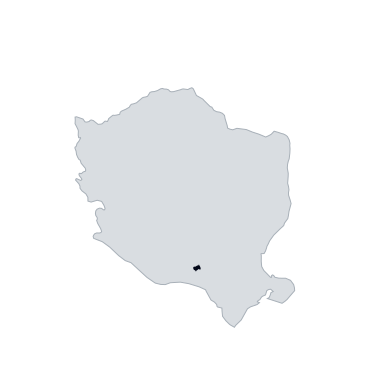 location of Belciugatele, Calarasi, Romania, rotated 31°
{"feature_id": "2599482B10542752576449", "entity_name": "Belciugatele", "entity_type": "district", "adm_level": 2, "iso_a3": "ROU", "parent_name": "Romania", "parent_adm1": "Calarasi", "projection": "mercator", "projection_center": [26.453, 44.516], "detail": "fine", "context": "in_parent", "style": "filled", "palette": "ink", "viewbox_px": 384, "rotation_deg": 31, "n_neighbors": 0, "source": "geoboundaries", "source_scale": "gbopen_adm2", "svg_char_len": 4594}
<svg xmlns="http://www.w3.org/2000/svg" viewBox="0 0 384 384"><g transform="rotate(31 192 192)"><path d="M287.0,215.7L290.1,220.0L294.0,222.3L303.1,224.7L303.9,224.5L304.0,224.0L303.4,223.4L303.3,222.6L303.7,221.6L305.0,221.5L307.0,222.4L310.9,221.1L316.7,217.7L322.0,217.0L326.8,219.0L329.2,221.4L330.8,223.7L330.3,226.5L330.0,228.2L328.8,235.3L327.9,238.0L326.5,241.0L311.5,244.5L312.5,242.8L312.1,239.8L311.5,237.6L312.9,235.5L309.6,234.8L308.1,235.9L306.9,237.9L308.0,242.4L306.3,244.8L305.7,246.2L305.6,249.5L304.6,250.9L304.5,252.5L306.8,252.1L305.8,254.9L301.3,260.3L299.7,263.5L300.1,276.3L298.1,283.9L298.0,286.1L293.2,286.2L291.8,286.0L287.3,284.9L282.2,282.8L279.3,278.9L277.4,276.1L273.1,277.4L272.3,277.1L271.1,275.7L267.9,274.8L263.9,274.8L255.0,269.6L254.0,268.8L247.0,269.6L236.5,272.2L228.4,275.3L220.2,280.9L216.8,285.1L212.9,287.3L207.4,289.0L197.5,288.4L187.1,286.3L176.1,284.0L170.1,285.2L162.0,284.3L149.8,281.6L140.7,280.8L131.7,282.4L130.2,281.1L129.9,279.7L130.2,277.7L131.5,276.1L133.7,274.9L134.8,273.7L134.9,272.4L132.5,270.4L127.5,267.6L125.4,265.9L124.9,265.5L124.8,263.9L123.8,262.7L121.8,261.8L120.3,260.2L119.3,257.8L119.5,255.6L121.0,253.5L122.9,252.6L125.3,252.9L126.3,252.3L125.9,250.8L123.6,248.9L119.4,246.6L115.0,247.9L110.7,252.6L107.5,253.4L105.5,250.2L102.1,248.3L97.1,247.7L94.1,246.5L92.9,244.6L90.8,243.2L86.0,241.7L85.9,240.2L86.7,239.9L88.4,239.7L90.7,239.4L91.0,238.6L91.1,237.8L89.3,236.9L87.4,236.2L86.5,235.6L85.9,234.9L85.8,234.1L86.3,233.6L87.0,233.6L87.8,233.1L88.2,231.4L89.1,229.9L89.8,229.4L89.8,228.3L89.1,227.3L88.1,226.5L86.6,226.0L82.1,224.4L79.8,222.3L78.3,222.3L76.1,221.1L73.7,219.3L71.6,216.7L69.4,215.0L68.8,214.3L68.7,213.6L69.2,212.9L69.1,212.1L68.5,209.6L68.9,206.9L68.8,204.3L68.8,203.2L68.4,202.8L68.0,203.2L67.4,203.7L66.9,203.8L65.2,201.9L63.1,198.1L61.7,196.9L58.9,195.1L56.6,193.7L54.9,190.5L53.2,188.0L54.3,187.0L61.0,185.6L64.1,187.0L65.5,186.5L66.8,185.3L67.6,184.4L67.7,183.4L68.4,182.2L70.6,181.6L76.6,182.4L79.0,180.7L79.9,179.7L80.4,177.7L81.0,176.0L83.2,175.1L83.1,173.6L82.8,172.0L84.1,168.3L84.8,166.8L86.0,166.3L87.5,165.1L90.0,162.7L89.4,160.6L89.9,159.0L92.6,155.2L94.6,151.6L94.5,149.7L94.8,148.1L96.6,146.4L98.5,144.1L100.9,136.9L101.8,135.7L103.4,134.3L104.6,132.9L104.7,128.2L105.9,126.8L108.0,125.3L110.2,122.8L111.9,119.8L113.3,118.5L115.1,118.1L117.0,117.0L119.2,116.5L121.3,117.1L122.6,116.8L124.6,115.4L129.7,110.0L130.5,108.9L131.5,108.1L135.7,106.3L136.8,104.4L138.2,102.7L140.0,102.9L146.1,107.0L152.5,106.8L153.7,106.9L154.1,107.0L154.9,107.3L163.5,109.4L164.8,109.2L165.2,109.0L168.6,110.7L171.7,110.5L174.6,109.3L177.6,108.9L180.4,109.6L182.5,112.0L188.0,117.0L189.6,118.9L192.2,118.6L194.9,117.7L197.7,114.3L206.4,110.5L213.0,109.5L219.4,108.0L226.9,106.9L229.0,103.8L230.2,101.6L231.1,97.6L235.1,96.5L238.9,95.7L240.3,95.2L243.0,95.0L245.2,95.3L248.5,97.3L250.9,99.8L251.8,101.7L253.8,104.5L255.9,108.4L258.2,113.5L258.7,116.1L259.6,118.9L261.3,122.3L264.6,126.1L265.1,126.8L266.6,129.5L269.5,135.3L271.9,137.6L274.0,140.2L275.0,142.8L276.5,145.1L280.0,148.1L282.9,150.9L285.2,158.9L286.8,162.6L287.8,165.4L287.3,171.1L287.9,173.5L286.6,177.9L284.3,186.8L283.7,193.8L284.1,197.6L284.2,200.0L284.7,201.5L285.4,204.7L285.5,207.5L284.6,208.3L283.4,208.9L283.0,209.5L284.1,210.8L285.5,213.1L287.0,215.7Z" fill="#d9dde1" stroke="#a8b0b8" stroke-width="1"/><path d="M238.3,253.8L238.3,253.7L237.8,253.1L237.7,253.1L237.5,252.9L237.4,252.7L237.2,252.6L237.1,252.8L236.9,252.7L236.5,252.6L236.6,252.4L236.6,252.2L236.4,252.1L236.2,252.0L236.1,252.3L236.0,252.2L236.0,252.3L235.9,252.4L235.8,252.5L235.7,252.5L235.5,252.4L235.4,252.4L235.2,252.5L235.1,252.9L235.0,253.0L235.3,253.1L235.5,253.2L235.8,253.1L235.7,253.3L235.5,253.5L235.4,253.6L235.2,253.8L235.0,254.0L234.9,254.1L234.7,254.3L234.4,254.1L234.3,254.3L234.1,254.6L234.0,254.8L233.9,254.8L233.9,254.7L233.7,254.8L233.5,255.0L233.4,255.1L233.2,255.2L233.2,255.3L232.9,255.5L232.7,255.7L232.9,255.9L233.1,256.0L233.2,256.3L233.3,256.4L233.3,256.6L233.5,256.6L233.7,256.8L233.8,256.9L234.0,256.9L234.6,256.9L234.9,256.7L235.0,256.7L235.0,256.8L235.3,256.9L235.3,256.7L235.5,256.7L235.5,256.8L235.4,256.9L235.6,257.0L235.6,256.8L235.7,256.4L235.5,256.2L235.4,256.2L235.5,256.0L235.5,255.9L235.8,255.8L236.0,255.9L236.2,255.7L236.2,255.4L236.0,255.5L235.7,255.4L235.8,255.2L235.8,254.9L235.9,254.7L236.2,254.5L236.3,254.4L236.4,254.5L236.5,254.4L236.7,254.2L236.8,254.2L237.0,254.0L237.3,254.0L237.4,253.9L237.7,253.6L237.8,253.8L238.0,253.9L238.0,254.0L238.0,253.9L238.3,253.8Z" fill="#0f172a" stroke="#020617" stroke-width="1.5"/></g></svg>